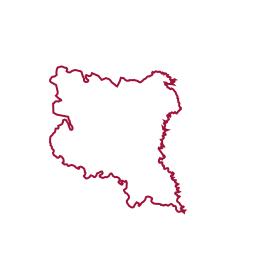 West Mamprusi Municipal, Northern, Ghana (Natural Earth projection), rotated 301°
{"feature_id": "2480657B90334619080238", "entity_name": "West Mamprusi Municipal", "entity_type": "district", "adm_level": 2, "iso_a3": "GHA", "parent_name": "Ghana", "parent_adm1": "Northern", "projection": "natural_earth1", "projection_center": [-0.789, 10.298], "detail": "fine", "context": "isolated", "style": "outline", "palette": "rose", "viewbox_px": 256, "rotation_deg": 301, "n_neighbors": 0, "source": "geoboundaries", "source_scale": "gbopen_adm2", "svg_char_len": 5849}
<svg xmlns="http://www.w3.org/2000/svg" viewBox="0 0 256 256"><g transform="rotate(301 128 128)"><path d="M67.9,76.5L66.6,78.3L66.5,80.8L66.1,82.4L66.5,83.4L67.1,83.9L69.0,84.1L69.2,85.7L68.3,88.4L66.0,90.3L64.7,89.7L64.5,89.8L64.2,90.3L64.1,92.4L65.4,94.2L65.4,94.7L64.7,95.7L64.8,96.7L67.0,98.3L67.6,99.8L67.8,101.6L67.3,104.4L67.6,106.8L68.1,106.9L68.3,106.3L69.0,106.0L70.4,107.2L70.8,108.4L70.5,111.4L69.0,113.1L67.9,113.7L67.5,114.8L65.6,115.2L64.3,114.8L63.9,115.1L63.2,117.3L63.2,118.0L64.1,119.3L66.3,120.3L68.2,120.4L68.7,122.4L68.4,124.0L69.2,125.1L71.0,125.3L73.0,124.8L74.8,126.2L76.3,126.9L77.3,128.1L76.5,129.4L75.4,129.5L74.6,129.3L73.3,128.3L72.2,128.3L71.8,129.1L72.0,131.7L72.5,132.4L74.3,133.8L74.9,135.2L75.4,135.6L76.9,136.3L79.6,136.4L80.4,137.0L80.3,138.0L79.2,139.8L79.1,141.0L79.1,142.1L80.3,143.7L80.4,146.1L79.7,147.5L76.7,147.7L76.2,149.2L76.2,151.8L76.6,152.2L77.5,152.1L78.6,149.7L79.4,149.6L80.0,150.5L80.1,152.8L80.5,153.4L81.5,153.4L81.6,153.7L80.4,155.2L76.0,157.5L75.3,157.5L72.9,156.5L72.2,156.9L71.0,159.3L71.3,160.9L70.1,163.9L68.4,164.9L64.9,164.5L63.4,165.7L61.8,169.2L61.8,171.3L61.9,172.2L62.8,173.4L63.3,173.6L65.9,173.4L68.7,173.7L69.0,175.9L68.6,176.4L67.0,177.1L67.0,177.7L68.8,178.2L71.1,178.3L72.6,179.2L75.5,179.7L77.8,179.0L78.8,179.5L79.8,181.0L80.2,182.3L80.1,184.8L79.5,185.3L78.0,185.3L77.2,185.8L76.7,186.7L76.6,188.8L76.9,190.0L79.2,194.3L79.7,197.8L80.9,199.0L80.0,198.3L80.2,198.8L81.3,199.4L81.9,200.3L82.0,202.3L84.8,203.8L85.2,204.6L85.1,206.0L84.4,207.1L85.3,208.4L85.3,209.2L84.5,210.3L83.0,211.1L82.0,213.5L82.5,215.1L84.0,216.3L84.6,217.5L84.3,219.6L85.2,219.2L86.7,219.4L85.9,218.0L85.8,217.4L85.8,215.4L86.4,214.6L86.9,214.7L88.2,216.1L89.1,216.3L89.2,215.8L88.6,214.9L88.6,214.1L89.1,212.4L90.1,210.8L90.4,208.2L90.9,207.5L92.9,206.8L95.8,207.6L95.9,206.9L95.2,205.5L96.0,204.6L95.8,202.9L96.3,202.0L97.7,202.3L98.9,204.3L99.9,205.0L99.9,202.9L100.4,201.6L100.9,201.6L101.1,202.3L102.0,202.6L103.0,202.2L103.4,201.7L102.4,202.2L102.0,201.8L102.2,199.7L102.5,198.9L103.6,198.5L104.5,199.6L105.7,200.0L105.5,198.7L105.8,196.3L106.3,195.7L107.0,196.2L107.8,195.9L106.7,193.5L106.9,192.3L107.4,191.5L108.2,192.3L108.9,192.5L108.6,191.6L108.8,189.6L109.6,189.5L111.0,190.8L112.6,190.6L112.8,189.1L111.9,188.9L112.0,187.3L111.4,186.2L111.5,185.4L111.8,184.7L113.9,183.4L114.1,182.9L113.5,181.9L111.8,180.7L111.7,180.3L112.1,179.6L114.1,178.2L114.1,177.5L113.7,177.3L114.4,176.1L116.0,175.3L116.0,174.4L115.7,173.9L115.0,173.7L114.5,172.9L114.9,171.9L116.8,171.0L118.7,170.9L118.9,171.8L118.4,172.6L118.7,173.5L119.7,173.4L121.0,174.3L122.2,174.5L122.5,174.1L122.1,173.6L122.1,172.7L122.4,172.4L123.0,172.6L123.3,171.1L126.0,164.9L127.0,164.6L127.4,166.7L128.2,167.4L128.6,166.5L129.4,165.8L129.8,165.8L130.4,166.4L129.9,167.2L130.6,168.4L131.3,167.3L131.3,164.7L131.8,164.5L132.5,165.3L134.3,163.9L134.9,162.3L136.2,163.6L138.0,163.8L138.6,163.3L138.5,162.3L139.2,161.8L141.7,163.7L142.1,163.1L140.9,161.8L141.9,160.9L143.5,161.6L144.5,161.4L146.6,162.9L145.7,160.7L146.3,160.6L146.4,159.8L146.1,159.5L145.1,159.5L145.1,158.8L146.7,157.4L146.5,158.1L146.8,159.2L149.3,158.6L150.5,156.3L150.9,156.3L150.7,157.3L151.4,157.9L152.3,157.5L152.9,156.0L153.3,158.3L154.6,157.9L156.4,158.6L157.2,157.9L157.4,157.0L158.1,156.5L158.5,155.4L159.3,155.2L159.8,155.5L159.8,155.9L159.4,156.4L159.6,158.3L160.2,158.1L160.9,156.3L161.7,155.9L162.1,156.3L162.0,156.9L163.9,157.5L164.2,159.6L165.4,159.8L165.9,160.3L165.4,161.7L165.6,162.3L168.8,162.6L169.2,163.0L170.6,163.0L170.7,163.4L171.5,163.6L172.5,162.9L172.3,162.2L173.6,160.2L175.6,159.4L176.0,158.0L176.5,158.0L177.4,156.7L178.7,156.0L178.8,155.6L179.1,155.7L179.4,154.7L180.6,154.2L181.8,151.9L183.0,150.6L184.4,146.7L184.3,144.9L183.3,144.6L183.1,144.1L183.4,142.7L183.2,140.9L183.8,140.6L184.5,138.7L184.4,137.5L185.1,137.3L185.9,136.0L186.5,137.4L186.3,139.4L188.2,143.0L188.7,144.6L189.1,143.2L189.2,141.5L190.4,140.9L190.2,142.6L190.8,142.2L190.6,143.0L191.4,143.9L191.7,143.9L191.8,143.3L192.9,142.8L193.8,143.7L193.8,142.8L192.0,141.6L191.2,139.7L191.3,139.0L193.0,138.6L193.3,138.1L192.8,136.4L192.4,136.2L192.4,135.1L194.0,135.0L193.5,133.7L193.9,133.1L193.9,132.4L194.1,132.6L194.2,132.3L193.9,131.6L193.2,131.4L193.4,131.3L193.3,130.0L193.1,130.2L192.3,129.5L192.8,129.0L192.4,127.8L192.7,126.6L192.4,126.3L192.3,125.5L191.4,124.8L190.9,122.6L189.1,121.9L188.7,120.3L187.8,120.7L187.5,120.4L186.8,121.3L185.5,121.2L184.3,120.2L183.4,120.0L183.0,119.1L182.0,118.2L179.3,117.6L178.4,116.8L174.4,115.6L173.5,115.0L173.0,113.1L173.4,112.2L172.5,109.5L172.5,108.6L171.8,108.1L170.0,104.9L169.5,104.4L169.1,104.5L168.7,103.7L167.9,102.8L167.8,100.7L168.5,98.8L167.4,96.0L164.1,96.9L158.1,97.3L158.0,96.0L158.4,94.5L158.8,90.4L159.8,88.3L160.1,86.5L159.4,83.4L155.7,80.7L157.5,75.5L157.3,75.1L156.5,68.9L154.8,69.3L153.2,68.9L152.3,67.7L152.0,65.2L151.4,64.8L150.6,65.0L148.9,66.8L148.6,69.1L148.0,69.7L146.7,69.5L145.5,67.8L145.8,66.1L147.7,64.8L149.1,62.6L152.0,59.4L152.3,58.3L150.5,52.8L148.2,50.7L146.0,49.8L145.1,48.5L144.9,47.2L145.1,46.0L147.1,45.7L147.8,44.3L147.2,43.0L146.8,40.1L146.4,39.2L143.7,36.6L142.2,36.7L140.8,37.1L138.4,38.2L136.8,39.5L134.5,38.7L133.1,37.0L132.2,36.5L129.2,36.4L128.2,36.9L127.6,38.1L127.8,44.3L122.9,49.0L121.7,49.7L120.6,50.0L118.5,49.6L117.7,53.3L117.8,55.7L117.3,56.5L116.4,55.8L116.2,55.2L115.7,55.3L114.9,54.9L114.3,53.3L113.4,52.1L111.3,51.8L110.4,51.2L102.7,56.2L102.8,60.0L106.8,71.0L104.7,72.8L104.2,74.1L101.6,76.7L100.8,78.8L99.9,80.1L98.8,80.9L97.4,80.7L97.0,79.3L98.8,76.8L100.8,74.7L102.8,70.9L102.5,69.3L101.2,68.4L99.2,69.3L97.7,69.4L95.7,68.5L94.0,67.1L92.4,68.4L91.6,68.4L90.2,66.3L87.1,67.5L84.6,66.7L83.2,66.8L80.7,66.0L78.0,67.1L76.5,68.2L75.4,68.5L74.7,69.9L73.3,70.5L72.8,72.3L71.4,73.2L70.6,75.9L69.5,76.5L67.9,76.5Z" fill="none" stroke="#9f1239" stroke-width="2"/></g></svg>